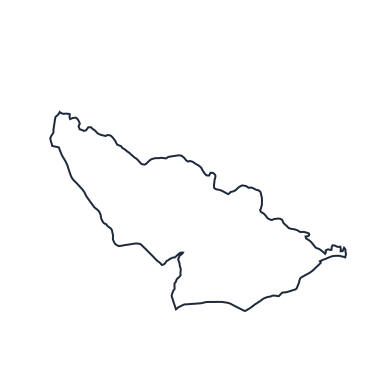 the district of Ugenya, Nyanza, Kenya, rotated 235°
{"feature_id": "3690345B43634586140198", "entity_name": "Ugenya", "entity_type": "district", "adm_level": 2, "iso_a3": "KEN", "parent_name": "Kenya", "parent_adm1": "Nyanza", "projection": "mercator", "projection_center": [34.222, 0.217], "detail": "fine", "context": "isolated", "style": "outline", "palette": "slate", "viewbox_px": 384, "rotation_deg": 235, "n_neighbors": 0, "source": "geoboundaries", "source_scale": "gbopen_adm2", "svg_char_len": 6015}
<svg xmlns="http://www.w3.org/2000/svg" viewBox="0 0 384 384"><g transform="rotate(235 192 192)"><path d="M162.0,242.7L163.0,240.7L165.2,240.0L165.9,239.6L166.9,238.7L168.7,236.8L169.1,233.7L168.9,231.3L168.5,229.3L168.6,227.5L168.9,226.0L169.9,223.5L169.5,222.3L169.4,220.5L171.7,219.2L174.1,218.1L175.0,217.6L175.9,217.1L177.9,215.8L179.7,214.0L180.4,213.4L181.2,212.9L182.7,212.5L185.0,213.9L187.6,216.3L188.2,216.8L188.9,217.3L190.2,219.0L191.7,220.5L192.7,220.7L193.6,220.7L195.5,220.2L197.1,218.3L195.7,215.4L197.3,213.4L199.8,213.0L202.1,213.1L203.1,213.0L204.0,213.1L205.9,213.4L207.2,213.4L209.8,212.7L211.7,211.7L212.7,211.3L215.5,210.2L216.3,209.9L217.0,209.4L218.5,208.2L219.2,206.2L221.6,205.3L224.6,205.2L226.0,204.8L228.1,204.0L229.6,202.2L230.9,199.8L232.2,197.1L233.2,195.1L234.3,192.8L234.4,190.1L235.8,188.4L237.2,187.0L238.0,185.8L239.0,183.8L240.3,182.2L240.8,181.2L242.0,178.1L242.2,176.8L242.1,175.4L241.8,172.6L241.6,171.7L241.3,170.8L241.7,168.7L243.7,166.8L246.5,166.3L249.8,165.9L251.1,165.6L252.2,165.1L254.3,164.4L256.2,164.0L257.6,163.6L260.4,163.0L262.7,162.1L265.5,161.4L268.0,160.2L270.2,160.2L273.6,157.9L275.9,158.1L277.0,158.3L278.1,158.4L280.2,158.4L281.7,158.3L284.3,157.9L285.5,157.3L287.1,155.5L287.3,154.2L287.5,153.3L289.3,151.7L291.1,150.1L292.9,149.0L294.1,148.4L295.3,148.1L297.6,147.9L298.8,147.5L299.7,147.1L301.6,146.6L303.0,146.4L304.5,144.1L303.8,142.1L303.5,141.1L303.4,140.1L304.1,138.4L305.0,138.0L305.7,137.6L307.8,136.0L310.8,136.7L312.3,139.3L315.1,139.9L316.4,140.1L318.3,139.9L319.6,139.4L321.0,136.8L321.6,134.0L323.7,134.6L325.7,136.5L326.4,136.1L327.2,135.3L328.2,134.1L329.0,132.9L329.4,132.0L329.9,131.4L330.5,130.9L331.4,130.3L332.0,129.9L333.4,129.5L333.0,128.8L332.2,126.9L332.0,125.4L331.9,124.1L331.7,123.2L330.9,122.3L329.4,120.8L322.2,114.0L320.6,113.0L319.9,112.1L318.9,109.5L318.5,108.6L317.9,107.6L317.3,106.7L314.8,105.6L312.6,104.9L311.6,104.6L310.0,103.9L309.1,104.7L308.2,105.5L304.9,108.5L303.9,108.3L302.4,107.8L300.2,107.3L297.9,106.8L296.6,106.5L295.7,106.4L293.8,106.3L290.1,106.0L288.6,105.8L285.2,105.2L282.8,104.4L279.9,103.5L277.7,102.9L274.9,102.1L273.3,101.8L272.2,101.7L269.9,101.8L267.5,102.2L265.2,102.6L260.7,103.2L258.0,103.6L257.0,103.7L256.0,103.7L253.5,103.7L252.2,103.6L251.0,103.3L249.7,103.1L248.9,103.0L240.5,103.1L235.7,103.2L234.9,103.4L233.8,103.7L231.8,104.3L230.2,104.7L229.1,104.7L226.2,104.2L225.5,103.9L224.7,103.5L223.3,102.8L222.3,102.4L221.1,102.2L219.6,101.9L218.1,101.9L217.1,102.0L216.2,102.3L215.4,102.9L214.7,103.2L213.8,103.2L212.1,103.4L211.1,103.8L209.7,104.2L208.4,104.6L207.4,104.6L206.2,104.3L203.6,103.2L202.0,102.5L201.1,102.0L199.6,100.7L198.5,100.1L197.6,99.8L196.7,99.6L195.3,99.4L193.4,99.3L192.6,99.5L191.6,100.0L190.3,100.6L189.5,101.3L188.5,103.2L187.5,105.5L187.0,106.6L185.1,110.3L183.1,114.5L182.6,115.5L182.0,116.4L181.0,117.9L180.3,118.6L178.9,119.9L177.6,120.2L176.6,120.4L171.4,121.4L162.8,122.9L156.9,123.8L156.0,124.0L154.0,124.6L152.7,125.1L151.7,125.2L150.6,125.3L149.5,125.5L148.9,127.1L149.0,129.0L149.4,129.9L149.9,131.0L150.0,131.8L149.8,132.9L149.8,134.3L149.9,135.4L149.6,136.6L149.4,138.1L149.1,139.1L148.5,139.9L148.3,140.6L148.4,141.9L148.8,144.6L148.9,145.9L148.9,147.6L148.3,148.9L147.5,149.8L147.1,148.8L147.0,147.4L146.9,145.1L146.1,144.2L145.5,143.1L144.9,142.1L143.1,141.5L142.1,141.3L141.3,141.0L140.6,140.8L139.0,139.9L137.7,139.3L136.9,139.1L136.0,138.9L135.2,138.4L134.3,137.8L133.3,137.0L132.4,136.1L131.5,135.6L130.6,135.1L130.0,134.2L129.8,133.2L129.5,131.2L129.4,130.2L129.1,129.3L128.7,128.5L128.1,127.8L127.6,127.0L127.4,126.1L127.1,125.2L125.6,124.2L124.8,123.5L123.9,123.0L123.1,122.6L122.5,121.9L121.7,119.7L120.6,118.2L120.1,117.5L118.7,115.8L117.8,115.4L112.6,113.8L105.1,111.6L105.1,112.7L105.4,114.3L105.1,116.6L104.9,117.9L104.5,120.4L104.3,121.2L102.7,123.8L100.5,127.6L98.8,130.3L95.7,135.6L95.3,136.3L94.6,138.4L94.2,139.3L93.7,140.5L93.1,141.4L91.7,143.6L89.9,146.1L87.2,150.1L84.8,153.4L81.3,157.2L79.5,158.7L78.7,159.3L75.1,161.1L64.7,166.7L64.0,167.5L63.6,172.6L63.6,173.7L63.8,179.5L63.7,181.2L63.7,183.0L63.7,184.0L63.5,184.9L63.6,186.0L63.6,186.7L63.7,187.8L63.5,190.4L62.9,192.6L62.7,193.5L62.3,194.5L61.5,195.9L60.9,198.5L60.4,199.3L59.8,200.1L59.1,201.0L58.0,202.1L57.5,202.7L56.9,203.3L57.0,204.2L57.6,206.2L57.6,207.3L57.8,208.2L57.4,208.9L56.9,209.9L56.3,210.8L55.7,212.2L55.3,213.1L55.1,214.0L54.8,214.8L54.4,215.8L54.2,216.7L53.9,217.6L53.4,219.3L53.1,220.1L52.8,221.4L53.1,222.4L53.5,223.3L54.7,225.0L55.2,225.9L55.7,226.6L56.2,227.4L56.8,228.1L57.5,228.8L58.9,230.6L59.3,231.8L59.4,233.3L59.2,234.4L59.0,235.4L59.0,236.3L58.9,237.8L58.6,239.2L58.5,240.7L58.3,242.0L58.4,242.9L58.3,244.5L58.5,246.4L58.6,247.3L59.1,250.3L59.4,252.3L59.5,253.3L60.1,256.6L60.7,257.3L61.9,257.1L61.3,260.7L60.7,262.7L60.5,263.6L60.0,266.1L59.2,269.3L58.8,270.3L57.9,272.1L57.4,272.9L55.8,275.3L55.2,276.1L54.5,276.7L51.7,279.2L50.6,280.0L52.9,282.6L55.1,283.5L56.1,284.1L56.8,284.7L59.1,284.6L58.1,283.0L57.2,281.3L57.8,280.5L58.2,279.8L60.3,281.4L61.3,281.8L62.2,282.1L63.1,280.3L64.1,279.4L66.2,278.3L67.7,276.6L67.3,275.7L66.8,274.9L64.6,273.1L65.0,272.4L67.0,270.5L67.3,269.3L67.5,268.1L65.8,267.0L65.4,266.3L65.0,265.6L67.3,265.1L70.7,264.1L72.0,263.6L73.1,263.0L74.7,261.8L75.8,261.3L77.8,261.3L82.7,260.9L84.8,260.4L85.7,260.0L88.5,258.8L89.4,259.1L90.4,259.5L89.3,261.5L89.5,263.3L90.3,263.7L90.9,264.0L92.6,262.9L94.2,261.6L95.1,260.7L95.7,260.0L96.6,258.4L97.4,257.6L100.3,256.3L102.8,254.4L104.9,252.2L107.0,250.5L110.0,250.1L112.2,249.5L114.1,249.2L114.9,249.3L115.7,249.5L117.7,249.8L119.5,248.8L120.3,248.0L120.9,247.2L122.4,244.4L122.8,243.4L123.3,241.2L124.2,240.5L126.7,239.0L127.8,238.8L130.2,238.8L132.5,238.5L133.5,238.2L134.2,237.9L136.1,237.0L138.1,237.4L139.2,239.3L139.8,239.9L140.5,240.8L141.8,242.3L142.9,242.9L144.8,244.4L147.4,246.0L148.3,246.4L149.3,246.7L151.2,247.6L153.2,248.1L154.3,247.7L155.3,247.4L156.6,246.1L157.9,245.3L160.4,244.1L162.0,242.7Z" fill="none" stroke="#1e293b" stroke-width="2"/></g></svg>